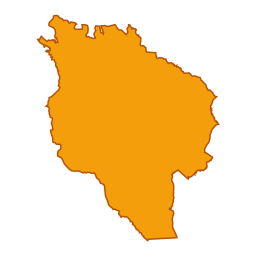 the district of Ban Bueng, Chon Buri, Thailand
{"feature_id": "78962969B10446742029293", "entity_name": "Ban Bueng", "entity_type": "district", "adm_level": 2, "iso_a3": "THA", "parent_name": "Thailand", "parent_adm1": "Chon Buri", "projection": "natural_earth1", "projection_center": [101.2, 13.24], "detail": "fine", "context": "isolated", "style": "filled", "palette": "amber", "viewbox_px": 256, "rotation_deg": 0, "n_neighbors": 0, "source": "geoboundaries", "source_scale": "gbopen_adm2", "svg_char_len": 5664}
<svg xmlns="http://www.w3.org/2000/svg" viewBox="0 0 256 256"><path d="M99.7,26.2L95.6,26.0L94.9,28.3L95.8,30.9L94.4,32.7L94.0,34.3L95.3,38.3L92.4,38.4L90.9,37.5L89.9,37.7L88.4,36.4L86.4,36.7L86.4,35.9L86.0,35.3L87.0,33.4L87.7,32.6L88.1,30.3L88.0,27.4L87.4,25.6L85.3,24.8L81.9,24.8L82.5,27.1L82.2,29.2L76.6,29.3L74.5,28.8L74.4,27.2L75.2,25.1L76.6,24.1L75.6,23.2L74.0,22.6L70.6,22.1L70.3,22.8L69.3,23.4L68.7,22.9L68.6,21.6L67.7,21.2L67.5,20.6L65.3,20.2L63.6,20.6L62.0,18.7L60.5,18.3L59.0,17.4L58.4,16.1L57.7,16.2L56.8,15.4L53.8,15.8L53.5,16.2L53.4,18.2L49.3,22.5L48.8,24.5L49.1,25.7L53.7,27.8L54.9,29.7L55.3,31.2L55.6,33.2L54.7,36.7L55.3,37.8L56.3,37.7L56.8,38.0L56.6,38.8L57.9,42.2L56.9,42.0L56.4,42.6L55.3,42.8L55.0,42.2L55.1,41.8L55.4,41.7L55.0,40.0L54.7,40.3L54.3,40.0L53.8,40.0L53.6,40.7L52.6,40.4L52.5,39.9L50.1,40.5L48.4,40.1L47.9,40.9L46.8,41.3L43.4,38.6L41.3,36.3L39.4,39.8L38.9,39.3L37.7,39.4L39.1,41.7L40.8,43.2L43.8,45.0L44.1,47.0L44.6,47.1L44.9,46.8L45.1,45.7L45.6,45.2L47.1,46.1L47.2,46.5L48.7,47.1L49.5,47.9L49.6,48.5L50.2,48.4L50.0,50.5L46.8,50.3L46.4,51.3L45.9,51.3L45.9,51.5L47.0,52.0L48.3,51.9L48.7,52.3L49.0,52.1L49.2,54.8L50.9,54.7L50.9,57.3L52.3,57.1L51.7,59.7L52.8,59.5L54.1,59.9L54.6,61.4L55.7,62.7L55.7,65.3L56.3,67.3L56.1,67.6L57.0,67.1L57.2,67.4L57.5,69.9L58.4,70.8L57.9,70.9L58.7,74.8L59.4,75.6L59.7,76.5L59.7,78.3L58.8,81.1L59.1,83.0L58.5,85.5L58.6,86.2L59.7,87.0L59.8,87.7L58.4,90.3L56.6,91.8L51.5,96.8L49.8,97.3L49.1,97.8L49.0,100.0L48.2,101.2L48.0,104.4L47.6,105.1L46.1,106.2L48.1,106.9L49.1,107.9L49.3,108.6L48.8,110.9L49.4,112.3L49.2,113.6L49.5,114.6L50.3,116.1L50.2,117.3L52.1,118.0L52.4,118.5L52.3,120.5L51.5,122.5L51.4,123.5L52.3,125.8L52.8,129.7L52.1,130.2L50.9,130.0L50.5,131.1L52.7,138.2L52.9,142.0L53.6,142.5L55.1,142.7L55.8,143.7L56.6,144.2L60.1,144.3L60.8,145.0L60.9,147.1L60.4,149.3L58.6,150.5L58.1,151.2L57.6,153.3L57.7,156.0L61.3,157.9L62.4,159.4L64.2,163.5L65.7,165.4L69.0,168.9L71.6,170.8L74.8,171.1L79.0,171.0L83.2,172.9L83.7,172.9L84.2,172.3L86.0,172.9L87.2,172.4L88.9,172.4L91.4,173.2L93.6,172.9L94.7,173.5L95.5,174.9L96.3,177.3L97.0,178.3L98.9,179.6L100.5,183.1L102.9,184.1L103.7,184.7L104.5,186.0L105.5,196.0L108.0,202.0L108.7,205.1L112.1,208.0L113.1,209.5L114.9,209.1L116.0,209.9L119.3,211.2L118.6,213.8L119.0,214.5L120.1,215.4L120.6,216.8L121.3,217.2L122.1,216.4L123.5,216.4L124.2,216.9L126.6,216.9L128.2,217.9L130.1,220.3L130.3,221.6L131.5,221.6L132.7,222.5L132.9,222.9L132.6,224.3L134.5,225.7L134.9,226.7L135.6,227.3L135.8,228.4L136.5,229.5L137.1,229.4L137.9,229.8L138.1,230.6L139.0,230.9L139.5,232.7L141.1,232.9L142.4,235.6L143.4,236.2L143.7,237.1L145.0,238.3L145.9,238.8L146.4,239.8L146.8,239.7L147.8,240.6L148.2,239.4L150.8,239.1L176.9,237.7L176.4,235.6L172.5,227.1L172.7,222.4L172.3,220.0L172.5,217.4L173.8,213.1L173.1,211.0L169.3,209.1L169.8,208.2L171.1,208.3L171.1,207.6L172.3,206.0L172.6,204.9L172.4,203.9L173.2,202.0L173.1,200.9L173.5,199.5L173.3,199.2L173.8,198.2L173.9,197.2L173.2,196.1L173.5,194.7L173.7,185.9L173.2,183.7L171.5,179.5L172.2,178.0L172.5,175.7L172.1,175.2L172.3,174.4L172.1,174.3L173.0,173.6L173.1,173.0L173.4,173.2L173.7,172.6L174.3,172.5L174.8,171.8L175.2,172.0L176.2,171.0L177.8,170.7L178.1,170.0L188.2,179.1L188.5,178.6L188.4,176.6L188.8,176.7L189.0,177.2L189.8,177.2L191.8,176.3L192.6,175.1L193.8,174.7L194.1,174.1L194.4,174.3L194.2,173.8L194.4,173.4L195.0,173.7L195.6,172.1L196.1,171.6L196.3,171.9L196.3,171.4L196.5,171.2L196.7,171.5L197.0,170.8L198.5,170.1L199.2,170.6L199.7,170.4L199.6,170.8L200.1,170.9L200.5,170.9L200.6,170.5L201.3,170.2L203.3,170.6L204.7,169.2L205.5,169.1L206.0,167.8L206.7,167.9L207.0,166.6L206.6,163.3L206.8,162.4L207.2,162.0L208.8,161.7L208.8,161.4L209.4,161.4L210.8,159.8L211.1,160.0L211.1,159.3L212.0,158.7L212.5,157.2L206.0,152.8L204.6,152.3L204.8,151.6L204.5,149.5L206.0,146.2L208.9,142.0L209.9,138.7L210.1,134.9L212.1,129.4L215.7,125.2L217.1,124.5L218.3,124.4L217.9,124.0L218.0,123.3L217.6,122.7L216.8,122.5L217.1,121.8L216.0,121.4L216.0,121.0L215.6,121.1L214.8,120.2L214.3,119.2L214.7,118.9L214.2,118.2L214.3,117.5L213.1,116.4L212.6,114.2L211.9,114.4L211.6,114.2L211.7,112.8L211.2,112.1L211.8,110.8L211.2,110.6L211.6,110.1L211.4,109.8L211.5,109.4L211.2,109.6L211.1,109.2L210.9,109.2L211.1,108.9L210.6,108.9L210.9,108.1L210.6,108.0L210.8,107.3L210.4,106.2L211.6,104.5L212.8,100.8L213.5,99.5L216.6,96.7L215.1,96.3L213.7,94.8L212.6,92.6L209.9,90.1L208.2,90.3L206.4,87.0L205.8,84.7L203.4,82.4L202.5,81.2L200.9,80.0L200.5,78.3L199.9,77.5L197.7,77.1L195.4,76.0L192.0,76.1L190.4,74.0L188.9,72.9L184.8,73.3L183.7,72.9L183.6,72.1L183.1,71.9L183.2,71.5L181.3,70.7L180.9,69.0L180.6,68.9L180.6,68.5L180.8,68.4L180.4,68.0L179.6,68.0L178.3,67.0L178.0,67.1L177.8,66.6L176.9,66.4L176.7,66.7L176.3,66.1L176.5,65.5L175.7,65.9L174.6,65.8L174.6,65.5L174.2,65.3L174.3,64.8L173.7,64.2L173.1,63.9L172.9,64.0L172.9,63.6L172.0,63.5L171.5,62.7L169.4,63.2L168.7,62.9L168.2,63.4L167.9,62.7L166.7,61.6L166.0,59.3L165.2,58.9L164.2,59.1L162.8,58.1L161.2,57.9L158.9,57.9L157.3,58.5L156.2,57.3L156.6,56.2L155.9,55.6L155.7,52.7L146.5,52.1L145.9,49.6L145.9,47.8L145.1,47.4L143.7,45.8L142.3,45.6L140.8,45.8L140.4,45.3L140.2,44.2L140.7,41.4L140.8,37.9L139.8,36.9L138.8,36.8L138.6,35.1L137.6,35.5L137.4,35.0L136.2,34.2L135.6,32.7L135.8,30.3L136.4,29.9L135.4,28.8L133.6,29.0L133.0,28.0L131.8,28.7L131.6,27.7L130.3,26.2L129.9,25.0L128.6,24.8L128.4,26.7L127.0,28.9L127.9,32.4L126.2,34.7L121.9,30.4L120.5,29.9L119.0,30.0L118.5,29.7L116.7,27.4L115.4,24.9L114.7,24.7L108.2,26.4L106.2,26.2L104.7,25.5L103.2,25.8L101.4,25.7L101.5,28.2L102.5,29.4L102.8,31.0L103.6,32.4L103.2,34.0L102.6,33.3L100.7,32.3L100.6,30.3L99.9,28.9L99.7,26.2Z" fill="#f59e0b" stroke="#b45309" stroke-width="1.5"/></svg>